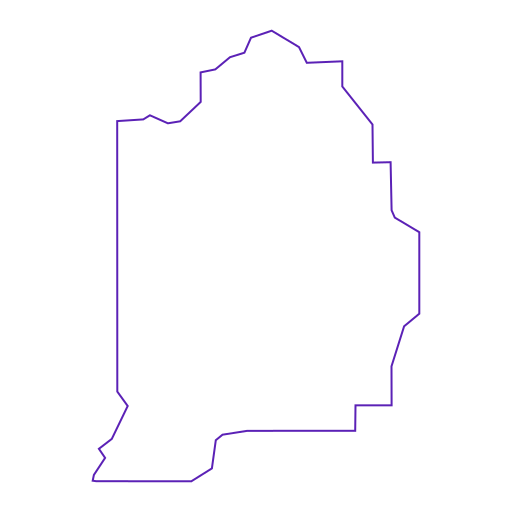 the district of Evangeline, Louisiana, United States of America
{"feature_id": "52423323B28730875803746", "entity_name": "Evangeline", "entity_type": "district", "adm_level": 2, "iso_a3": "USA", "parent_name": "United States of America", "parent_adm1": "Louisiana", "projection": "natural_earth1", "projection_center": [-92.405, 30.74], "detail": "fine", "context": "isolated", "style": "outline", "palette": "violet", "viewbox_px": 512, "rotation_deg": 0, "n_neighbors": 0, "source": "geoboundaries", "source_scale": "gbopen_adm2", "svg_char_len": 629}
<svg xmlns="http://www.w3.org/2000/svg" viewBox="0 0 512 512"><path d="M390.6,162.2L372.9,162.6L372.5,124.5L342.3,86.5L342.3,61.3L306.8,62.8L299.0,47.1L271.7,30.7L251.0,37.7L244.4,52.7L230.0,57.2L215.3,69.4L200.6,72.4L200.7,101.9L180.2,121.3L167.9,123.3L149.9,115.3L143.3,119.4L117.2,121.1L117.3,391.6L127.7,406.0L111.8,438.9L98.9,448.8L105.1,457.9L93.9,474.9L92.7,480.7L96.2,481.2L191.3,481.3L211.9,468.4L215.8,440.2L222.5,434.7L246.8,430.9L286.2,430.8L355.2,430.8L355.5,405.3L391.6,405.3L391.5,366.3L404.1,326.3L419.3,313.7L419.3,232.2L394.8,217.6L391.6,210.3L390.6,162.2Z" fill="none" stroke="#5b21b6" stroke-width="2"/></svg>